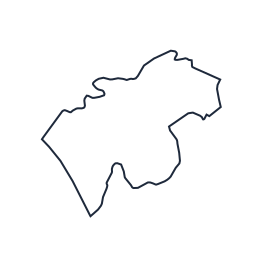 an SVG outline of Santa Rosa, rotated 36°
{"feature_id": "GTM-1957", "entity_name": "Santa Rosa", "entity_type": "Department", "adm_level": 1, "iso_a3": "GTM", "parent_name": "Guatemala", "parent_adm1": "", "projection": "natural_earth1", "projection_center": [-90.341, 14.154], "detail": "fine", "context": "isolated", "style": "outline", "palette": "slate", "viewbox_px": 256, "rotation_deg": 36, "n_neighbors": 0, "source": "natural_earth", "source_scale": "10m", "svg_char_len": 2020}
<svg xmlns="http://www.w3.org/2000/svg" viewBox="0 0 256 256"><g transform="rotate(36 128 128)"><path d="M149.5,221.4L148.4,220.9L114.4,203.5L92.7,194.3L75.2,189.6L65.0,187.7L64.9,184.8L65.0,153.1L65.5,151.8L66.4,150.7L68.9,150.0L71.3,149.5L72.0,149.2L72.5,148.8L73.1,146.3L74.8,142.7L75.9,141.5L78.8,139.5L79.6,138.7L80.3,137.7L80.5,137.1L80.4,136.3L80.0,135.2L76.9,131.9L76.5,131.4L75.7,129.7L75.6,126.1L77.1,125.3L81.1,124.6L81.7,124.4L83.1,123.3L86.7,119.5L89.4,115.6L89.2,114.8L88.7,114.0L86.8,112.9L85.8,112.7L85.0,112.8L81.6,114.2L80.9,114.3L79.5,114.4L78.1,114.3L75.2,113.6L74.3,113.3L73.8,113.0L73.4,112.2L73.4,111.0L74.1,108.2L75.4,105.4L78.6,101.8L84.9,99.3L86.6,98.0L90.7,93.6L94.9,91.3L96.6,90.6L97.9,90.2L98.5,90.0L98.9,89.7L100.7,87.2L101.4,86.5L102.1,86.0L102.6,85.8L103.2,85.5L103.6,85.1L104.0,84.7L105.1,83.3L105.4,80.1L104.2,68.1L108.2,56.5L117.2,40.3L120.9,38.4L121.8,38.3L123.5,38.8L124.1,39.5L124.5,40.3L124.8,43.4L125.0,44.0L125.2,44.6L125.6,45.1L126.6,44.8L128.0,43.8L132.2,39.4L133.4,37.9L135.2,37.2L137.1,37.2L139.7,35.8L142.5,39.1L142.9,39.8L143.7,40.5L144.2,40.8L147.3,40.3L150.1,39.7L174.1,34.6L175.2,40.6L177.1,44.1L184.9,51.5L190.7,56.5L186.8,70.6L183.7,71.0L184.4,75.8L184.1,76.6L183.6,76.9L182.5,76.4L181.5,75.8L179.1,75.7L171.5,77.4L171.0,77.8L168.1,80.7L160.3,102.7L163.5,105.3L173.6,108.5L174.8,109.1L175.7,109.9L177.2,111.6L184.0,118.0L189.3,124.0L190.4,126.5L190.0,132.1L191.1,142.3L191.0,143.0L190.8,144.5L190.2,146.7L189.0,149.6L185.2,155.7L184.0,157.3L183.5,157.5L180.5,158.2L178.0,159.0L176.8,159.8L176.0,160.5L174.7,163.3L171.2,170.6L167.8,173.3L167.1,173.5L166.2,173.5L164.0,172.5L155.4,170.2L154.3,169.7L150.1,165.6L143.9,161.6L140.0,162.8L138.6,164.0L138.3,164.9L138.1,166.3L138.1,167.7L138.3,168.6L139.0,170.5L139.7,171.5L140.8,172.8L141.2,173.8L142.8,184.4L143.0,185.0L143.4,185.5L143.8,185.8L144.9,186.4L145.6,187.7L146.3,189.7L148.4,198.6L151.3,204.5L151.6,205.8L151.8,207.0L151.7,211.6L150.3,217.9L149.5,221.4Z" fill="none" stroke="#1e293b" stroke-width="2"/></g></svg>